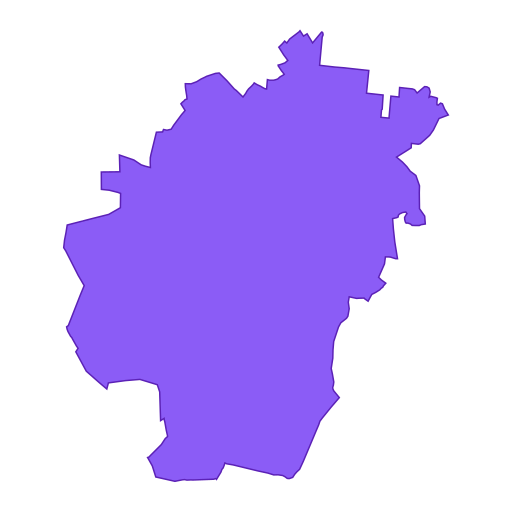 outline of Aba South, Abia, Nigeria
{"feature_id": "59680162B9128777704300", "entity_name": "Aba South", "entity_type": "district", "adm_level": 2, "iso_a3": "NGA", "parent_name": "Nigeria", "parent_adm1": "Abia", "projection": "robinson", "projection_center": [7.357, 5.077], "detail": "fine", "context": "isolated", "style": "filled", "palette": "violet", "viewbox_px": 512, "rotation_deg": 0, "n_neighbors": 0, "source": "geoboundaries", "source_scale": "gbopen_adm2", "svg_char_len": 3441}
<svg xmlns="http://www.w3.org/2000/svg" viewBox="0 0 512 512"><path d="M101.3,172.0L101.4,189.4L109.2,190.2L117.9,192.4L120.6,193.4L120.4,207.7L108.7,214.4L92.4,218.5L67.2,225.0L66.0,232.6L64.5,240.3L63.7,247.7L65.7,250.8L68.8,256.9L78.2,275.4L84.2,285.6L80.2,295.3L68.3,325.6L66.6,326.8L67.1,329.2L68.0,331.6L70.6,336.3L71.8,337.6L72.4,338.8L76.5,346.1L78.1,348.3L75.8,351.8L86.3,371.2L99.6,382.9L106.8,389.0L108.4,382.9L125.4,380.6L139.9,379.4L157.3,384.7L159.7,391.9L160.6,420.6L164.1,418.4L164.3,420.2L164.8,421.8L166.3,430.4L167.5,435.7L167.5,436.6L165.3,438.5L161.4,444.5L150.9,455.0L148.9,457.1L147.6,457.5L152.3,465.9L155.8,477.0L167.8,479.7L174.9,481.3L182.5,479.8L184.7,479.6L186.9,480.1L191.0,479.9L192.6,480.0L213.9,479.2L215.4,478.6L215.9,478.7L216.5,479.4L220.9,472.2L221.9,469.4L223.1,468.0L224.1,465.5L224.9,463.0L226.7,463.8L233.1,464.9L257.8,470.9L268.0,473.1L273.7,474.9L278.1,474.8L282.7,475.5L285.1,476.8L287.2,478.4L289.2,478.6L292.7,477.4L294.7,474.3L296.8,471.9L299.6,469.3L303.3,461.3L316.6,429.7L318.7,424.8L319.9,421.2L322.3,418.0L330.9,407.4L339.3,397.6L333.8,390.9L332.9,388.9L332.7,387.5L333.4,385.1L333.8,382.0L332.4,374.0L331.2,368.5L332.8,358.2L333.0,349.8L333.7,341.5L338.5,327.0L340.8,322.8L346.5,318.3L347.9,316.2L349.2,308.7L348.3,302.2L349.2,296.8L356.6,298.4L359.4,298.2L364.1,298.1L364.7,298.8L368.1,301.2L370.4,296.9L371.8,294.4L375.7,292.4L379.7,289.9L381.3,288.2L382.7,287.3L383.5,285.8L385.8,283.2L381.4,280.0L378.6,277.3L384.5,263.9L385.4,256.9L388.4,256.9L390.5,257.1L393.7,258.1L395.7,258.7L397.5,258.7L394.8,242.0L393.4,229.1L392.6,218.6L396.9,217.6L398.1,217.0L398.4,215.2L399.5,214.0L402.4,212.6L405.8,212.0L407.0,213.7L406.2,214.6L404.6,217.4L404.7,219.5L405.3,221.9L406.1,223.1L407.9,223.1L410.5,224.0L412.1,225.4L414.9,225.5L419.3,225.5L421.1,224.7L425.3,224.0L424.7,216.1L419.5,208.7L419.3,192.6L419.5,185.8L415.9,175.5L410.2,171.2L406.9,166.7L402.4,162.0L396.5,157.1L411.2,147.8L411.4,143.4L418.3,144.2L420.3,143.7L429.7,135.3L433.4,130.0L439.0,118.5L448.3,115.0L444.6,109.1L442.4,103.8L440.6,103.1L438.2,105.1L437.0,104.7L436.9,102.0L437.4,98.3L436.2,97.7L430.8,96.3L429.1,97.2L430.2,91.9L429.1,88.1L426.9,86.8L424.6,86.6L417.1,93.0L414.6,89.7L412.4,88.9L407.7,88.4L399.6,87.5L399.0,97.0L390.9,96.1L389.0,118.1L380.9,117.3L381.5,110.0L382.2,109.2L383.1,95.0L366.5,93.2L368.8,70.5L352.2,68.7L344.2,67.8L334.4,67.0L319.6,65.3L320.9,51.1L322.2,37.1L323.1,34.9L322.8,32.9L322.1,32.1L321.8,32.0L321.6,32.1L321.4,32.3L312.6,42.9L307.1,33.8L303.5,36.1L300.0,30.7L299.1,31.8L296.5,33.8L292.8,36.6L289.7,39.0L286.8,43.0L284.6,41.1L283.8,42.1L282.1,44.0L278.8,47.2L283.7,54.9L287.8,60.4L284.9,62.9L280.5,64.5L278.1,65.1L278.3,66.1L278.5,66.3L281.4,70.7L282.9,72.5L284.2,74.3L283.5,74.9L280.0,76.9L277.7,79.0L275.3,79.8L273.6,80.2L269.6,80.2L267.4,79.6L266.6,89.0L264.9,88.7L262.8,87.6L260.3,86.1L257.2,84.7L254.2,82.9L253.6,83.9L251.5,86.2L248.6,88.9L246.9,91.2L245.7,93.4L243.0,97.0L239.8,93.9L236.3,90.5L234.3,89.0L226.9,80.7L219.2,73.0L215.4,73.4L206.6,76.3L205.1,77.1L200.9,79.1L196.7,81.7L191.1,83.8L185.3,83.7L185.4,87.0L185.8,90.2L186.7,95.7L187.0,99.0L185.0,99.7L183.8,101.1L182.5,102.1L180.9,103.8L185.1,110.5L181.5,114.7L173.7,125.2L171.2,129.2L167.0,130.2L163.5,129.5L162.6,131.9L156.4,132.2L155.3,136.7L150.9,154.7L150.3,157.7L150.2,162.4L150.4,167.5L145.3,166.2L141.1,164.8L133.9,160.0L119.4,155.0L119.9,171.8L101.3,172.0Z" fill="#8b5cf6" stroke="#5b21b6" stroke-width="1.5"/></svg>